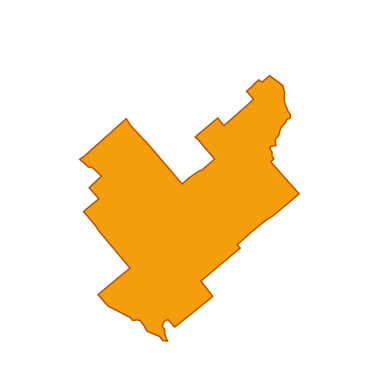 the district of Farroupilha, Rio Grande do Sul, Brazil, rotated 50°
{"feature_id": "56859067B57975111280948", "entity_name": "Farroupilha", "entity_type": "district", "adm_level": 2, "iso_a3": "BRA", "parent_name": "Brazil", "parent_adm1": "Rio Grande do Sul", "projection": "robinson", "projection_center": [-51.37, -29.195], "detail": "fine", "context": "isolated", "style": "filled", "palette": "amber", "viewbox_px": 384, "rotation_deg": 50, "n_neighbors": 0, "source": "geoboundaries", "source_scale": "gbopen_adm2", "svg_char_len": 1386}
<svg xmlns="http://www.w3.org/2000/svg" viewBox="0 0 384 384"><g transform="rotate(50 192 192)"><path d="M281.8,309.7L286.8,310.0L290.4,306.7L286.1,305.2L283.1,304.1L279.9,301.3L275.7,301.2L273.3,296.5L274.1,292.4L284.3,292.1L285.4,246.3L285.2,243.1L270.3,242.6L265.9,242.6L265.9,221.5L265.9,216.0L265.9,212.5L265.9,207.8L265.9,197.2L265.9,191.2L261.4,191.3L260.8,170.6L261.2,151.4L262.3,146.1L262.3,111.1L239.0,111.8L219.7,112.2L219.1,107.8L215.6,107.5L213.0,105.0L209.6,104.7L207.5,102.4L210.4,97.9L205.2,94.3L204.5,89.5L199.9,82.6L199.0,76.3L197.5,72.9L198.3,69.2L196.5,67.0L191.5,66.4L184.2,64.0L180.5,62.1L175.2,57.0L168.7,54.0L155.4,57.1L152.8,57.7L152.9,67.7L149.0,68.8L149.1,73.4L149.7,78.2L149.9,85.4L155.4,85.4L160.6,85.2L161.0,95.1L161.7,124.9L155.6,124.9L151.9,124.7L151.9,134.8L151.9,154.3L155.5,153.7L181.3,153.5L181.6,170.2L180.4,173.2L179.3,185.0L179.4,194.5L155.5,194.6L126.0,194.9L119.8,195.4L116.9,195.5L114.1,195.7L99.9,196.3L97.4,195.7L93.6,195.3L94.0,208.8L95.1,245.6L95.3,248.7L95.3,252.3L94.8,257.1L99.3,256.3L106.0,255.4L109.3,252.6L121.6,251.2L122.6,268.1L137.3,267.8L137.2,287.7L146.0,287.6L155.9,287.6L161.3,288.4L182.5,288.4L187.7,288.4L210.5,288.4L210.3,304.3L210.2,330.0L225.4,329.7L233.2,326.4L248.2,320.1L252.2,319.9L255.0,316.0L257.3,314.4L263.6,314.7L268.3,315.8L270.8,315.5L281.8,309.7Z" fill="#f59e0b" stroke="#b45309" stroke-width="1.5"/></g></svg>